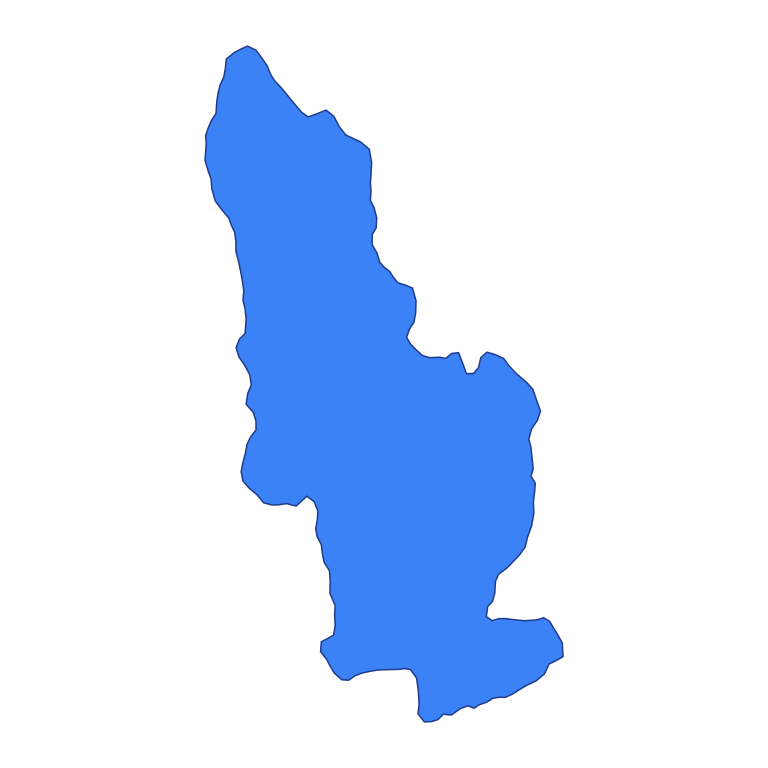 outline of Espírito Santo do Dourado, Minas Gerais, Brazil
{"feature_id": "56859067B12687901957749", "entity_name": "Espírito Santo do Dourado", "entity_type": "district", "adm_level": 2, "iso_a3": "BRA", "parent_name": "Brazil", "parent_adm1": "Minas Gerais", "projection": "equal_earth", "projection_center": [-45.985, -21.998], "detail": "fine", "context": "isolated", "style": "filled", "palette": "blue", "viewbox_px": 768, "rotation_deg": 0, "n_neighbors": 0, "source": "geoboundaries", "source_scale": "gbopen_adm2", "svg_char_len": 2709}
<svg xmlns="http://www.w3.org/2000/svg" viewBox="0 0 768 768"><path d="M424.3,721.9L431.7,721.6L438.1,719.5L443.2,714.2L451.4,715.0L460.1,708.7L467.8,705.8L474.1,708.2L479.4,704.7L486.9,702.1L492.6,698.4L498.5,697.3L505.4,697.3L512.8,693.9L519.8,689.4L526.0,685.7L536.3,680.7L544.5,673.9L548.9,664.1L556.0,660.7L563.0,656.7L562.3,643.0L557.5,634.3L553.8,628.5L549.7,621.4L543.6,617.7L537.5,619.8L531.0,620.3L523.9,620.7L515.0,619.8L505.4,618.6L499.1,618.6L492.1,620.7L486.3,616.5L487.7,606.6L492.4,601.6L494.8,593.0L495.5,581.4L498.5,574.3L507.0,568.0L514.9,559.8L520.2,554.0L525.1,547.1L527.6,536.8L531.6,526.0L533.8,513.3L533.4,501.7L534.7,491.2L535.3,483.4L531.0,476.0L533.2,468.9L532.2,459.3L530.8,446.5L528.8,439.1L531.6,428.8L537.5,420.1L540.5,411.1L536.5,400.1L532.9,389.5L526.7,382.4L521.4,377.9L515.3,372.6L508.4,365.1L503.6,358.4L494.4,354.3L486.9,352.2L480.8,357.7L478.5,367.6L473.6,373.4L466.5,373.7L462.9,363.9L458.6,352.7L451.5,353.5L445.9,358.4L439.3,357.2L430.1,357.7L422.5,355.6L416.0,349.7L410.5,344.0L406.6,337.4L409.5,329.0L413.9,322.4L415.7,312.9L416.0,300.5L412.5,288.1L405.6,285.2L397.8,282.8L393.4,277.3L389.7,271.5L383.9,267.0L379.6,262.0L377.1,253.3L372.2,244.7L372.2,234.7L376.2,227.8L376.7,217.8L374.1,207.8L370.4,200.4L371.0,191.7L370.4,183.1L371.0,174.8L371.6,162.8L369.4,149.4L360.7,142.0L352.7,138.3L345.7,134.9L339.1,126.4L333.9,116.4L326.2,110.1L316.3,114.0L308.1,116.9L301.6,112.2L293.9,103.2L288.2,96.2L281.2,87.8L274.3,80.4L270.3,73.8L267.2,65.9L262.4,58.8L255.9,50.1L247.5,46.1L242.0,48.5L234.5,52.4L226.3,59.0L225.3,68.8L223.8,77.0L220.3,84.5L217.9,93.7L216.7,102.8L216.0,113.5L211.2,120.9L208.1,128.3L205.7,135.4L206.2,143.6L205.7,151.5L205.0,160.2L208.3,171.4L211.1,178.9L211.8,188.8L215.4,201.2L222.6,210.7L228.8,218.1L231.5,225.5L234.7,232.2L235.9,241.8L235.9,251.3L238.4,260.8L240.6,271.2L242.4,281.0L243.8,290.7L243.0,300.2L245.1,308.7L246.1,319.2L245.1,333.5L239.5,339.0L236.1,347.7L238.9,356.8L244.8,365.5L249.7,374.7L251.3,384.8L247.7,393.7L246.1,404.3L253.4,412.5L256.0,421.4L256.0,429.9L250.7,436.7L247.0,444.4L245.5,452.8L242.7,463.5L241.2,471.7L243.0,481.2L249.8,488.8L256.8,494.6L263.7,502.8L271.7,504.9L278.2,504.9L286.7,503.6L296.1,506.0L301.9,500.8L306.8,496.2L314.2,501.7L317.9,511.2L317.3,519.9L315.7,528.4L317.0,536.3L321.3,544.7L322.3,552.9L324.1,562.2L329.4,570.6L330.2,580.6L329.9,593.3L335.2,605.8L334.6,614.9L335.2,625.3L333.6,635.1L326.9,638.9L321.3,641.8L320.6,651.7L326.5,659.1L329.9,665.7L334.3,673.1L341.6,679.7L348.7,680.2L355.0,675.7L362.9,672.8L370.6,671.2L378.9,669.9L389.2,669.6L399.1,669.4L404.8,668.6L410.5,669.6L416.6,678.1L418.4,691.5L419.1,704.5L418.0,713.7L424.3,721.9Z" fill="#3b82f6" stroke="#1e3a8a" stroke-width="1.5"/></svg>